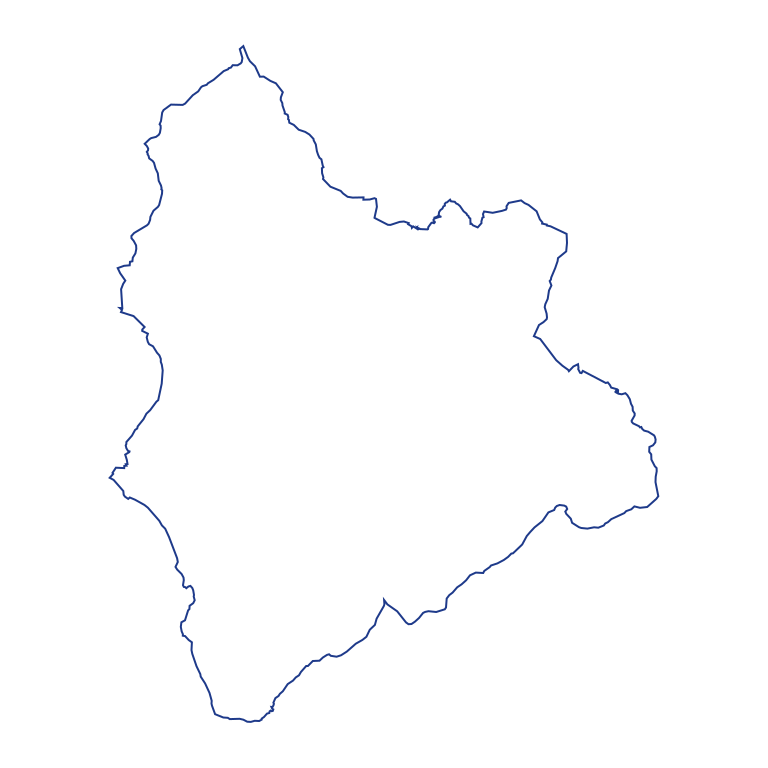 the district of Rosia, Sibiu, Romania
{"feature_id": "2599482B70516542388979", "entity_name": "Rosia", "entity_type": "district", "adm_level": 2, "iso_a3": "ROU", "parent_name": "Romania", "parent_adm1": "Sibiu", "projection": "equal_earth", "projection_center": [24.304, 45.817], "detail": "fine", "context": "isolated", "style": "outline", "palette": "blue", "viewbox_px": 768, "rotation_deg": 0, "n_neighbors": 0, "source": "geoboundaries", "source_scale": "gbopen_adm2", "svg_char_len": 6099}
<svg xmlns="http://www.w3.org/2000/svg" viewBox="0 0 768 768"><path d="M658.3,496.2L655.5,482.1L655.7,476.7L656.7,471.3L656.6,468.1L654.8,466.2L651.4,459.6L651.2,454.3L649.2,451.8L649.4,447.0L653.0,445.3L655.3,442.4L655.6,439.5L654.9,436.9L654.1,435.4L648.2,431.7L644.1,430.6L642.2,428.9L641.3,427.0L640.0,427.4L639.0,426.2L633.1,423.4L631.8,421.9L631.6,420.8L634.6,415.5L634.7,413.5L632.8,410.6L632.6,406.8L631.0,403.8L629.8,399.2L627.4,395.2L625.4,393.2L621.7,394.3L618.4,393.7L615.7,392.2L615.4,391.9L616.0,390.9L618.0,391.5L618.1,390.1L617.2,389.3L611.2,387.6L609.9,385.0L607.8,382.4L605.8,383.0L582.8,370.9L581.5,373.1L580.1,372.8L578.2,369.1L578.5,367.8L578.0,364.2L573.4,366.5L568.9,371.2L568.1,369.8L562.4,365.7L556.2,360.2L540.2,339.0L533.9,336.2L539.0,325.0L543.5,322.1L546.7,319.1L547.0,317.4L546.6,313.6L544.7,307.2L545.3,304.2L547.7,298.9L549.0,290.5L551.4,285.5L549.7,281.0L550.9,279.6L551.2,277.6L555.2,268.1L557.6,261.1L558.0,258.1L566.2,251.4L567.0,242.9L566.6,233.9L550.5,226.3L546.8,225.5L546.8,224.6L542.1,223.6L542.4,222.4L539.9,219.4L536.6,211.3L528.5,204.9L524.6,203.1L521.1,200.4L508.7,202.9L506.5,206.3L506.7,208.1L506.0,209.6L501.9,210.9L492.7,212.8L484.1,211.5L483.0,214.1L483.6,217.2L482.4,217.7L481.4,221.5L481.5,223.1L477.7,227.4L472.9,225.3L471.5,223.7L470.5,223.9L470.3,218.5L469.0,217.6L468.5,216.1L466.9,214.8L466.6,213.7L463.6,211.3L460.0,206.1L458.0,204.3L456.1,203.4L454.8,201.8L451.0,201.3L450.1,199.7L446.9,202.4L445.7,202.7L444.7,204.0L444.9,205.6L443.4,206.4L442.4,208.6L440.4,210.1L439.1,212.1L438.7,214.7L439.1,215.3L438.3,215.8L441.4,216.9L437.9,216.5L435.7,217.2L437.0,217.7L434.3,218.6L433.5,219.7L433.6,220.9L434.7,221.6L434.8,222.4L434.0,223.2L432.0,222.6L431.2,223.1L428.3,227.1L428.0,229.1L427.5,229.4L420.5,229.1L417.6,227.7L418.5,229.2L417.9,229.4L416.5,228.4L416.7,227.7L416.1,228.2L413.2,226.4L411.9,227.8L411.6,226.3L408.1,224.2L408.7,223.1L403.9,221.5L399.6,221.9L390.5,224.9L387.9,224.8L375.3,218.3L374.5,217.8L376.9,206.8L376.0,198.9L374.5,198.2L369.7,199.5L363.4,199.7L363.5,197.4L352.6,197.6L347.6,196.8L343.1,193.5L340.7,190.9L330.4,186.7L323.0,179.0L323.4,177.4L322.1,173.2L321.9,168.2L323.5,167.1L322.8,165.9L321.4,159.3L319.5,157.8L318.1,154.8L316.9,151.2L315.8,144.4L313.7,140.4L313.5,138.9L309.4,134.5L305.2,131.9L298.7,129.7L293.8,124.9L289.3,122.7L288.9,119.9L288.1,119.2L288.3,117.0L287.6,114.8L284.7,113.5L284.8,112.2L282.5,105.5L282.3,103.1L280.7,99.9L280.9,97.3L282.8,92.2L275.9,83.3L270.4,80.9L263.7,76.6L259.9,76.7L255.1,66.3L249.9,61.2L247.9,57.7L243.3,46.1L239.8,49.1L242.4,58.1L241.7,62.1L240.7,63.4L237.5,65.3L232.7,65.2L230.9,67.6L228.7,68.2L228.2,69.2L223.7,71.1L213.6,79.8L207.9,83.3L206.7,84.8L202.4,86.2L201.0,87.3L198.2,91.4L192.8,95.2L185.1,103.6L182.7,104.9L171.0,104.6L163.6,110.0L162.2,112.5L161.0,121.0L159.6,124.3L160.6,125.6L160.7,128.2L159.9,132.8L158.8,134.8L156.0,136.9L151.2,138.1L149.6,139.1L144.7,143.8L146.9,146.1L148.2,148.6L148.0,150.4L146.8,151.9L147.7,153.4L147.6,154.4L148.5,155.7L149.2,158.4L152.6,160.9L154.0,162.8L155.6,168.6L157.8,173.3L158.7,180.8L161.0,185.5L161.6,188.2L161.3,189.3L162.2,190.3L162.0,193.8L159.1,205.1L157.9,206.9L153.5,210.7L150.4,216.9L150.1,219.9L148.6,223.7L147.0,225.3L134.1,233.0L131.4,236.0L131.5,238.3L133.7,240.9L136.1,245.4L136.3,248.9L135.4,253.4L132.8,257.6L132.4,261.3L130.0,261.8L129.7,265.3L124.1,265.8L117.7,268.1L120.2,273.3L125.3,280.6L123.2,283.8L121.1,289.2L122.3,308.1L119.8,308.0L122.0,309.9L121.0,312.1L133.6,316.1L144.6,327.0L142.3,329.5L142.2,330.9L147.9,333.7L146.7,337.4L147.8,341.8L149.1,344.2L153.0,346.3L157.0,352.7L159.4,355.4L160.8,358.9L160.8,361.9L161.8,364.6L162.7,370.4L161.7,383.7L158.2,400.2L156.4,401.7L150.2,410.1L146.4,413.7L143.5,419.2L137.7,426.4L137.2,428.5L135.1,429.9L132.0,435.6L126.4,442.0L126.3,444.2L125.7,445.4L126.4,448.3L128.0,450.9L129.5,451.4L129.3,452.1L125.2,454.6L126.8,459.8L127.5,464.0L125.8,464.2L126.5,465.7L124.3,465.9L124.2,468.1L115.9,467.7L112.5,472.9L113.2,473.9L109.7,477.8L113.6,479.9L123.3,491.0L123.7,494.8L124.9,496.6L128.2,498.9L129.8,497.5L135.0,499.7L144.5,505.0L147.9,507.7L159.3,520.8L161.9,525.4L165.2,528.7L169.1,537.2L177.1,558.2L177.8,562.0L175.5,566.9L177.2,569.6L181.6,574.0L183.5,577.5L183.8,580.1L183.0,585.2L183.8,586.9L185.4,587.2L186.3,588.2L188.4,586.5L190.4,585.9L192.3,588.0L193.2,590.3L194.0,595.0L193.7,596.5L194.7,600.2L193.2,603.2L189.6,605.8L189.4,609.1L188.1,610.4L185.0,620.3L181.4,622.3L180.8,626.9L181.7,631.5L182.9,634.2L182.8,635.7L185.1,636.1L188.7,640.0L191.9,642.3L191.5,650.1L192.3,653.9L196.5,666.2L200.3,674.1L200.7,676.6L205.1,683.4L209.5,692.9L211.7,700.8L211.5,703.6L212.0,705.7L215.1,714.2L223.3,717.5L227.8,717.8L229.8,719.1L239.6,718.8L243.4,719.7L247.2,721.7L250.8,721.9L254.7,720.8L259.2,721.0L261.7,719.6L261.7,718.6L263.9,717.1L267.0,713.6L269.3,713.0L269.6,711.4L270.6,710.6L271.6,711.2L272.8,710.9L273.3,709.4L272.2,708.7L271.4,706.9L272.5,707.0L273.4,705.5L273.9,703.8L273.4,702.7L275.4,698.1L278.5,696.0L279.9,693.8L282.8,691.3L287.7,684.1L293.0,680.6L295.8,677.4L299.0,675.3L300.9,672.0L306.2,666.0L307.9,666.0L312.8,661.0L319.5,660.7L322.9,657.5L327.0,654.9L329.1,654.3L330.8,655.8L336.6,656.7L341.0,655.3L346.8,651.6L355.8,643.7L362.3,640.0L366.4,636.8L369.8,629.7L374.9,624.9L376.6,618.7L383.8,606.1L384.4,604.3L384.1,600.0L387.4,604.4L397.2,611.3L406.0,622.4L408.5,624.2L411.5,624.0L414.9,621.7L419.0,618.0L423.1,612.9L425.2,611.9L428.5,611.2L436.2,612.0L444.8,609.3L446.0,607.5L446.7,598.5L449.3,595.1L452.6,592.6L457.2,587.3L461.5,584.4L466.1,580.3L470.0,575.3L475.8,572.6L483.2,573.0L484.3,570.9L489.7,567.1L491.0,565.5L497.4,563.4L503.8,560.0L508.1,556.9L511.3,553.6L513.0,553.3L522.2,544.5L526.8,536.0L530.3,531.9L534.5,527.4L542.4,521.1L548.4,512.4L554.2,510.0L555.2,507.6L556.8,506.0L559.6,505.0L564.3,505.6L566.2,506.6L567.2,509.0L565.3,511.6L566.3,513.9L570.8,518.7L572.1,522.8L579.0,527.2L581.3,528.0L587.4,528.6L594.1,527.3L598.3,527.7L603.8,525.5L605.2,523.5L607.9,522.2L611.3,519.1L624.3,513.1L626.2,511.1L631.3,509.3L634.4,506.4L640.0,507.8L647.2,507.0L656.3,498.9L658.3,496.2Z" fill="none" stroke="#1e3a8a" stroke-width="2"/></svg>